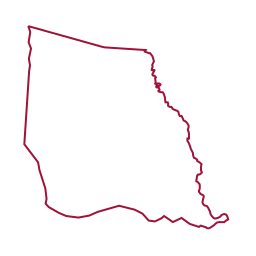 St. Tammany, Louisiana, United States of America, rotated 4°
{"feature_id": "52423323B29403129163195", "entity_name": "St. Tammany", "entity_type": "district", "adm_level": 2, "iso_a3": "USA", "parent_name": "United States of America", "parent_adm1": "Louisiana", "projection": "mercator", "projection_center": [-89.763, 30.431], "detail": "fine", "context": "isolated", "style": "outline", "palette": "rose", "viewbox_px": 256, "rotation_deg": 4, "n_neighbors": 0, "source": "geoboundaries", "source_scale": "gbopen_adm2", "svg_char_len": 2569}
<svg xmlns="http://www.w3.org/2000/svg" viewBox="0 0 256 256"><g transform="rotate(4 128 128)"><path d="M140.3,49.0L99.1,49.2L95.9,48.7L22.2,33.5L21.7,34.0L23.8,39.0L22.9,49.5L25.7,55.4L24.3,65.8L25.9,72.5L25.4,77.9L25.5,103.7L25.7,150.7L25.7,151.4L26.2,152.0L40.7,168.5L42.6,176.1L49.8,194.2L51.7,204.5L51.1,209.2L54.4,212.4L65.0,217.5L72.5,220.1L84.7,220.8L95.4,218.1L103.8,213.7L124.5,206.2L140.4,209.0L148.4,212.4L155.1,218.9L161.4,219.3L167.4,215.9L170.2,213.3L179.3,218.7L187.7,214.0L196.3,219.4L205.8,221.7L207.3,220.3L213.0,221.7L213.9,222.5L216.2,222.3L220.5,219.0L221.6,217.8L223.2,216.2L225.5,215.5L230.5,215.2L232.4,213.4L234.3,212.2L233.3,209.5L232.6,208.3L231.7,207.5L230.2,207.1L229.4,207.3L227.8,208.0L227.2,208.5L226.7,209.3L225.6,210.5L223.4,211.6L221.1,212.3L219.8,211.9L218.0,210.3L216.5,208.4L216.1,207.3L215.6,205.6L213.4,201.8L212.0,200.3L210.2,200.0L209.3,199.6L208.8,199.2L207.8,197.9L207.5,197.1L207.5,196.5L207.8,193.9L208.3,191.8L208.3,190.7L207.7,189.8L205.5,189.0L204.6,188.3L203.2,186.6L203.1,185.5L203.4,185.0L203.5,184.9L203.8,183.2L203.6,180.0L203.3,179.0L201.5,177.2L199.8,176.3L200.3,170.9L200.7,169.9L200.8,169.7L202.5,169.4L203.2,169.0L204.8,167.3L204.7,166.9L203.7,165.1L203.6,161.1L203.8,158.9L201.9,157.4L199.3,156.0L199.2,154.9L198.9,154.5L197.1,153.5L195.8,153.1L194.9,150.8L194.4,148.2L192.1,144.4L191.3,142.1L189.5,138.5L188.8,137.5L188.1,136.6L188.0,134.3L188.5,134.2L188.9,134.7L189.2,134.7L189.6,133.8L189.1,128.8L188.6,127.1L188.2,126.8L187.8,125.2L188.4,123.1L188.2,121.1L186.4,118.6L184.6,117.2L182.9,116.6L181.8,114.2L180.6,112.3L180.5,112.2L179.8,112.5L178.8,112.4L177.7,110.5L177.3,108.7L176.3,107.6L175.8,107.4L173.4,106.7L171.1,105.8L171.0,105.3L169.9,104.0L168.1,104.0L166.5,103.1L166.4,102.9L166.3,100.5L165.8,99.6L163.6,99.8L163.1,97.5L162.9,95.5L162.6,94.7L161.5,91.8L160.3,90.0L160.1,89.9L159.0,90.0L157.7,89.9L157.0,89.7L156.2,89.4L155.8,89.2L155.7,88.9L155.8,88.7L156.1,88.6L156.7,88.5L156.8,87.5L156.0,85.8L153.6,85.4L153.3,85.1L153.3,84.5L153.6,83.7L154.0,83.4L154.3,83.4L155.4,84.1L156.6,83.6L157.3,82.9L157.4,82.5L157.2,82.1L156.0,81.4L154.4,81.5L153.3,81.9L152.6,82.1L152.1,82.0L152.0,81.7L152.4,80.6L151.6,76.4L151.9,76.2L152.1,76.0L152.3,75.5L150.9,74.1L149.6,74.0L149.0,73.7L148.6,72.8L148.7,72.3L149.4,70.9L150.2,69.1L150.4,68.6L149.9,68.3L149.5,68.3L148.2,68.8L147.6,68.4L147.9,66.3L148.3,65.1L148.2,64.5L147.7,63.5L149.2,59.7L148.1,56.4L147.2,54.5L144.8,51.8L143.9,51.9L142.5,51.5L139.3,50.6L139.2,50.0L139.7,49.4L140.2,49.2L140.3,49.0Z" fill="none" stroke="#9f1239" stroke-width="2"/></g></svg>